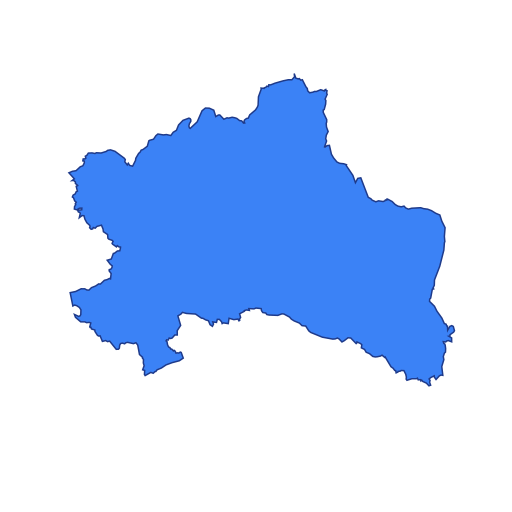 Copalnic-Manastur, Maramures, Romania, rotated 76°
{"feature_id": "2599482B86990390318638", "entity_name": "Copalnic-Manastur", "entity_type": "district", "adm_level": 2, "iso_a3": "ROU", "parent_name": "Romania", "parent_adm1": "Maramures", "projection": "equal_earth", "projection_center": [23.692, 47.516], "detail": "fine", "context": "isolated", "style": "filled", "palette": "blue", "viewbox_px": 512, "rotation_deg": 76, "n_neighbors": 0, "source": "geoboundaries", "source_scale": "gbopen_adm2", "svg_char_len": 6096}
<svg xmlns="http://www.w3.org/2000/svg" viewBox="0 0 512 512"><g transform="rotate(76 256 256)"><path d="M268.8,446.3L271.8,446.0L277.5,442.0L278.5,438.0L279.7,436.5L280.1,433.8L281.0,432.5L284.4,434.4L285.1,434.3L285.2,433.5L287.0,433.3L288.8,430.3L290.3,430.5L294.7,429.0L295.7,427.8L295.7,426.6L301.7,425.7L301.7,422.3L303.2,420.7L303.2,418.6L312.7,414.2L313.2,412.1L312.4,410.9L309.5,409.8L308.2,408.6L308.2,406.7L309.4,404.7L308.7,403.4L308.7,401.5L311.4,396.1L311.1,393.5L313.8,392.3L323.4,392.9L326.8,390.6L327.5,390.9L329.2,390.2L332.5,391.2L335.4,391.1L339.0,393.5L340.1,391.7L343.9,392.9L345.2,392.5L343.5,386.2L344.9,384.1L343.7,381.9L343.8,381.1L342.5,379.5L341.8,374.9L339.9,369.6L339.2,363.2L339.1,355.7L337.5,351.3L331.5,351.9L330.9,352.7L331.5,354.4L330.9,355.9L330.9,357.1L328.9,357.4L327.7,358.3L328.1,359.1L325.9,360.3L325.7,361.3L324.0,361.7L323.2,362.8L320.9,363.3L317.5,363.1L316.6,363.8L315.7,363.0L316.3,361.5L314.6,360.1L315.4,358.8L315.3,357.2L313.0,353.9L313.6,351.5L309.4,350.5L305.1,345.9L295.2,346.3L294.2,342.9L292.9,341.0L294.9,337.4L297.7,328.7L303.1,324.0L303.6,322.6L305.8,320.3L307.3,317.8L311.5,317.2L313.7,315.3L311.8,313.7L309.5,313.9L310.9,310.4L308.1,308.9L308.6,306.9L311.5,305.3L313.4,305.2L313.0,303.8L314.9,299.3L309.9,297.2L312.4,292.9L312.8,288.8L314.8,288.2L314.4,287.3L313.3,287.4L311.9,285.8L308.1,285.9L306.8,280.6L306.2,280.6L306.1,280.0L306.1,278.1L307.2,275.6L305.3,275.7L306.8,270.7L306.5,268.6L308.3,263.7L310.3,263.9L312.5,263.1L313.7,260.3L315.4,259.7L316.4,257.7L318.9,249.2L318.4,244.8L319.1,242.9L323.4,238.2L325.8,237.0L328.2,234.7L331.6,230.1L334.7,228.2L336.0,224.7L341.4,222.9L343.4,221.4L350.8,211.3L355.2,201.6L355.6,199.3L355.3,196.8L356.5,195.5L360.2,193.4L359.5,190.8L357.6,186.5L358.5,183.9L365.2,180.0L364.7,179.1L363.8,178.8L366.3,175.7L367.7,174.8L370.6,176.0L372.9,173.3L376.0,172.4L378.2,169.5L381.7,167.0L382.8,164.7L383.1,162.6L383.2,159.4L382.7,157.7L385.6,155.6L385.3,155.1L396.1,151.8L398.1,150.1L400.6,149.1L401.0,148.2L403.3,148.3L402.9,146.3L402.4,146.0L402.6,143.6L402.2,142.9L403.0,140.2L407.1,139.3L409.9,139.4L411.8,140.1L413.1,139.6L412.8,134.4L413.9,130.1L413.6,128.9L415.4,128.6L415.8,126.3L417.1,126.2L416.6,125.2L418.0,124.6L420.6,121.4L423.8,119.6L423.6,117.8L420.5,118.1L418.8,117.2L417.2,117.8L416.2,115.8L415.4,112.1L416.5,112.3L419.4,111.2L416.6,107.0L416.3,105.2L417.0,103.6L408.2,102.5L402.0,98.8L398.9,98.6L395.8,96.7L395.1,95.4L391.7,94.4L388.4,94.0L387.1,94.1L386.3,94.9L384.4,95.0L385.3,92.7L384.6,91.6L384.6,89.8L386.6,86.9L382.8,86.0L380.5,88.3L380.6,87.2L379.3,86.8L377.7,82.7L376.5,81.5L372.1,81.6L370.9,82.9L371.2,84.9L374.4,88.0L370.3,87.2L369.9,87.9L368.2,88.0L367.1,89.6L361.1,90.7L353.3,93.8L347.9,95.0L342.0,98.6L339.8,97.9L339.1,96.7L331.0,93.0L330.9,91.6L329.9,92.0L327.6,90.1L322.4,88.6L310.4,80.2L295.7,72.3L288.7,70.0L287.8,69.3L282.6,68.5L274.3,65.7L267.0,67.3L260.7,67.7L258.0,71.3L254.5,74.7L252.1,78.1L250.6,81.9L249.0,84.5L247.3,93.4L247.4,96.8L245.6,99.1L243.4,100.3L243.4,103.2L241.9,106.3L239.6,108.6L236.1,110.7L232.5,114.7L232.4,115.2L233.4,115.6L232.9,116.9L233.6,117.5L233.9,119.5L232.1,123.8L232.4,126.6L229.9,129.8L228.2,130.7L226.2,132.9L205.5,135.4L205.3,138.5L208.9,141.8L201.2,142.5L190.0,146.6L189.3,146.1L187.7,148.6L186.3,152.4L184.4,154.7L179.6,157.0L175.5,158.2L166.4,158.0L166.1,160.3L167.0,162.7L166.7,163.1L161.5,159.7L159.1,160.0L155.7,158.5L152.7,155.9L147.9,156.4L144.3,155.8L143.1,155.0L140.8,154.4L132.9,156.0L130.7,155.5L130.4,154.4L125.5,151.7L122.1,150.6L120.5,151.0L116.3,147.8L115.2,148.1L112.8,147.1L112.1,148.2L111.3,148.0L111.3,148.7L112.4,149.7L110.3,153.0L111.0,157.7L110.5,159.3L110.8,161.1L110.6,164.5L108.2,165.9L105.8,165.7L104.0,166.6L96.2,168.4L96.2,170.0L94.3,171.1L94.4,172.1L93.1,174.3L88.2,174.8L91.4,175.2L93.7,178.6L92.8,182.0L92.6,187.1L92.9,195.7L93.5,200.4L93.0,202.2L94.6,202.9L93.8,204.4L94.6,205.4L94.9,207.5L95.3,207.6L94.3,210.5L95.4,210.6L102.1,215.1L110.2,217.5L111.9,218.7L114.2,221.2L117.5,227.9L120.4,230.2L120.3,232.0L121.3,234.3L122.4,235.0L124.2,234.8L124.0,236.0L121.4,237.2L120.7,239.1L117.8,241.4L116.7,243.2L115.6,245.6L115.6,249.2L114.9,250.7L115.5,254.1L110.4,257.0L110.1,258.4L111.0,261.3L104.3,261.7L101.3,265.5L100.2,269.3L102.0,273.2L111.6,280.6L116.3,289.0L115.6,289.6L113.6,289.7L111.5,288.6L109.6,286.7L108.1,286.3L106.9,286.6L106.0,287.7L106.7,294.0L110.1,299.4L114.8,302.8L115.9,306.4L118.5,309.5L116.5,313.5L116.1,316.6L113.9,321.7L115.0,324.0L117.9,327.2L118.0,331.3L118.3,332.1L123.2,334.9L125.3,339.8L125.5,341.8L127.4,343.6L128.0,345.0L132.1,349.0L134.1,349.8L139.0,354.0L137.5,356.7L135.1,357.5L136.5,358.9L132.8,360.5L130.8,359.5L129.3,360.1L120.3,367.5L117.8,371.5L117.6,374.5L118.3,375.9L118.6,381.4L117.2,386.0L117.6,387.4L116.3,390.2L115.6,393.8L117.4,395.8L117.9,397.5L119.9,397.4L120.4,398.4L120.0,400.2L121.8,401.0L122.4,399.6L124.2,400.1L126.6,402.2L126.9,404.9L129.7,410.0L129.4,413.7L130.0,417.4L137.2,413.6L138.3,416.1L138.5,414.8L140.4,413.3L141.9,413.7L144.9,411.5L144.5,412.3L144.9,413.6L149.9,413.6L150.2,415.0L152.0,416.4L152.7,418.7L154.3,419.9L155.4,419.0L158.7,418.6L160.3,417.4L161.7,418.8L162.6,418.5L164.1,420.1L166.5,420.9L168.3,417.9L167.5,417.7L166.9,415.8L167.4,413.4L169.0,413.9L168.5,418.0L170.3,417.7L171.0,416.6L172.1,416.2L176.1,418.2L174.7,415.0L175.3,413.2L178.9,413.1L182.8,412.1L186.1,409.9L187.3,409.9L188.3,410.6L190.2,409.5L190.2,407.9L189.0,407.0L190.1,405.3L188.8,403.2L188.7,398.5L192.8,397.9L195.5,398.2L199.3,394.8L202.9,395.4L204.1,394.7L206.0,391.8L207.2,391.1L208.9,392.6L209.8,392.3L213.4,389.2L212.4,388.1L214.1,386.7L214.5,385.3L215.3,385.5L218.0,386.9L217.6,389.3L219.1,392.7L219.0,393.8L223.9,397.1L224.1,401.4L228.8,399.4L230.8,397.9L232.5,398.6L233.7,400.1L233.7,401.7L234.9,402.1L238.0,400.8L243.0,402.7L242.3,403.6L242.9,406.2L242.9,409.0L245.6,413.8L245.0,415.4L246.3,418.9L246.9,423.3L248.7,426.4L248.0,428.4L246.4,430.1L245.5,433.6L246.8,439.5L246.6,445.2L260.2,445.8L259.7,443.9L260.8,442.0L263.2,439.8L265.9,438.9L270.5,440.2L271.5,441.2L271.7,442.7L268.8,446.3Z" fill="#3b82f6" stroke="#1e3a8a" stroke-width="1.5"/></g></svg>